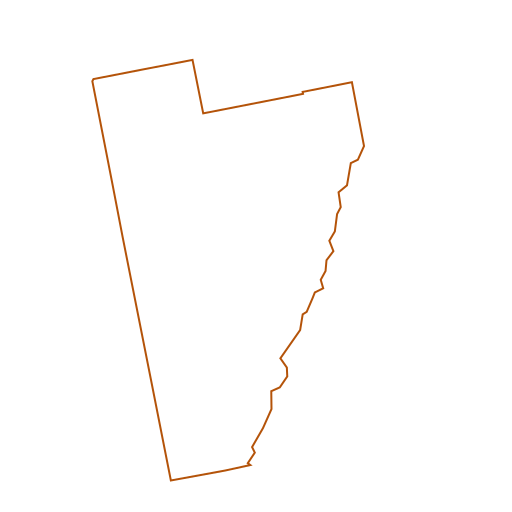 Renville, Minnesota, United States of America (Mercator projection), rotated 259°
{"feature_id": "52423323B30045051318693", "entity_name": "Renville", "entity_type": "district", "adm_level": 2, "iso_a3": "USA", "parent_name": "United States of America", "parent_adm1": "Minnesota", "projection": "mercator", "projection_center": [-95.036, 44.674], "detail": "fine", "context": "isolated", "style": "outline", "palette": "amber", "viewbox_px": 512, "rotation_deg": 259, "n_neighbors": 0, "source": "geoboundaries", "source_scale": "gbopen_adm2", "svg_char_len": 687}
<svg xmlns="http://www.w3.org/2000/svg" viewBox="0 0 512 512"><g transform="rotate(259 256 256)"><path d="M149.1,129.3L51.9,129.6L51.3,184.8L51.9,210.5L54.2,208.4L63.2,217.3L69.2,215.7L85.7,230.0L102.8,242.0L120.4,245.2L122.5,254.3L131.8,263.7L140.6,265.0L150.9,260.4L174.9,285.2L189.8,290.7L191.5,295.1L203.7,303.4L209.0,306.8L211.5,315.8L220.3,315.0L228.0,321.4L238.4,324.4L246.0,332.9L257.0,330.9L265.1,338.1L281.7,343.6L287.8,348.5L302.8,349.2L308.0,358.8L329.1,366.8L331.1,374.4L343.3,383.0L408.3,383.3L408.2,333.1L406.2,333.1L406.1,231.4L460.6,231.1L460.7,179.8L460.7,130.2L458.8,128.7L352.7,128.8L300.2,128.7L149.1,129.3Z" fill="none" stroke="#b45309" stroke-width="2"/></g></svg>